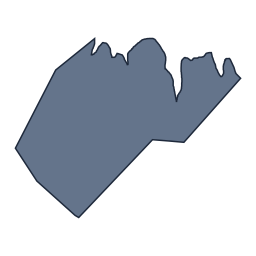 outline of Norton, Mashonaland West, Zimbabwe
{"feature_id": "62879985B7429577065299", "entity_name": "Norton", "entity_type": "district", "adm_level": 2, "iso_a3": "ZWE", "parent_name": "Zimbabwe", "parent_adm1": "Mashonaland West", "projection": "natural_earth1", "projection_center": [30.703, -17.887], "detail": "fine", "context": "isolated", "style": "filled", "palette": "slate", "viewbox_px": 256, "rotation_deg": 0, "n_neighbors": 0, "source": "geoboundaries", "source_scale": "gbopen_adm2", "svg_char_len": 5418}
<svg xmlns="http://www.w3.org/2000/svg" viewBox="0 0 256 256"><path d="M240.6,78.3L235.8,73.4L235.8,73.1L235.6,72.9L235.6,72.6L235.4,72.1L235.1,71.5L234.9,70.7L234.6,69.7L234.4,68.9L233.9,67.3L230.3,59.6L230.1,59.3L229.6,58.8L229.4,58.5L228.9,58.5L228.4,58.6L228.0,58.6L227.0,58.6L226.3,58.6L226.1,58.8L225.8,59.1L225.6,59.1L225.4,59.4L225.4,59.6L225.4,59.9L225.1,59.9L225.1,60.2L224.9,60.2L224.9,60.4L224.9,60.7L224.7,61.0L224.7,61.3L224.4,61.8L224.4,62.6L224.2,63.1L224.0,63.7L223.7,64.2L223.7,64.5L223.5,65.0L223.5,65.3L223.5,65.5L223.3,66.1L223.3,66.3L223.3,66.9L223.3,68.5L223.3,69.0L223.3,69.8L223.6,70.6L223.6,71.1L223.6,71.6L223.6,73.2L223.3,74.0L222.9,74.6L222.6,75.4L222.2,75.9L221.9,76.2L221.7,76.5L221.0,76.5L220.8,76.5L220.8,76.2L220.3,75.9L219.8,75.4L219.3,74.6L218.9,73.8L218.4,73.0L217.9,72.0L217.4,70.6L216.9,69.6L216.0,68.3L215.3,64.5L214.8,63.5L214.3,62.7L214.1,61.9L213.8,61.4L213.6,60.6L213.3,59.8L213.1,59.0L212.9,58.4L212.6,57.6L212.4,57.4L211.4,52.9L211.2,52.9L211.2,52.6L210.7,52.6L210.2,52.6L209.3,52.6L207.9,52.9L206.7,53.2L206.2,53.4L205.7,54.0L205.3,54.8L205.0,55.1L204.6,55.3L204.3,55.9L203.9,56.4L203.4,56.7L202.9,56.9L202.7,56.9L202.2,56.9L201.8,57.2L201.5,57.2L201.1,57.2L200.8,57.2L200.3,57.2L198.9,57.2L198.5,57.5L198.0,57.8L197.5,58.1L197.1,58.1L196.6,58.1L196.1,58.1L195.2,58.1L194.5,58.1L194.0,58.1L193.8,58.4L193.5,58.6L193.3,58.6L193.0,58.9L192.8,59.2L192.8,59.4L192.4,60.0L191.9,60.2L191.4,60.2L190.9,60.5L190.7,60.5L190.5,60.3L190.0,60.0L189.5,59.5L188.6,58.9L187.6,58.1L186.2,57.9L185.5,57.9L185.3,57.6L184.8,57.6L184.6,57.6L184.3,57.7L183.6,58.5L183.4,58.7L183.1,59.0L182.7,59.3L182.4,59.5L182.2,60.1L182.0,60.3L181.7,60.9L181.5,61.7L181.5,62.5L181.3,63.3L181.1,67.8L181.1,69.1L181.1,70.5L181.1,71.5L181.4,72.6L181.4,73.9L181.6,75.3L181.6,77.4L181.9,78.2L181.9,78.7L181.9,79.2L181.9,80.8L181.9,81.6L181.9,82.2L181.7,83.0L181.7,83.8L181.7,84.6L181.7,86.2L181.5,87.0L181.5,87.8L181.5,88.6L181.2,89.1L181.2,89.6L181.0,90.2L180.8,90.7L180.3,91.2L180.1,91.8L179.9,92.3L179.4,92.9L178.9,93.4L178.7,94.2L178.2,94.7L177.8,95.3L177.8,95.5L177.8,95.8L177.8,96.1L177.5,96.1L177.5,96.6L177.5,97.1L177.3,97.4L177.3,97.7L177.1,98.2L177.1,99.3L176.8,100.1L176.6,100.6L176.6,100.9L176.6,101.1L176.6,101.4L176.4,101.4L176.4,101.1L176.4,100.6L176.1,99.8L174.7,92.4L174.7,91.8L174.4,91.3L174.4,90.8L174.2,90.0L174.2,89.4L173.9,88.6L173.9,87.8L173.7,86.8L173.2,85.7L173.2,84.9L173.2,83.1L173.2,82.3L173.2,81.7L173.2,80.9L172.9,80.4L172.9,79.6L172.2,78.0L171.7,76.9L171.5,76.2L171.2,75.4L171.0,75.1L170.8,74.6L170.0,73.8L169.6,73.2L169.1,72.7L168.9,72.2L168.4,71.9L167.9,71.7L167.7,71.1L166.7,70.1L166.5,69.8L165.8,69.0L165.5,69.0L165.5,68.8L165.3,68.5L165.1,68.5L165.1,68.0L165.1,67.7L165.0,66.9L165.0,64.8L165.3,63.7L165.3,62.9L165.5,62.1L165.5,61.3L165.7,60.5L165.7,59.4L165.7,58.9L165.7,57.8L165.7,57.0L165.4,56.2L165.2,55.4L165.0,54.6L164.7,53.8L164.2,52.8L164.0,52.5L163.8,52.0L163.5,51.7L163.0,51.2L162.8,50.7L162.3,49.9L161.9,49.3L161.4,48.6L160.9,47.5L160.4,46.7L159.9,45.9L159.2,44.8L158.5,44.1L158.0,43.3L157.3,42.5L156.8,41.9L156.4,41.4L156.1,41.1L155.9,40.9L155.7,40.3L155.4,40.1L155.2,39.8L154.7,39.3L154.0,39.0L153.5,38.8L153.0,38.5L152.6,38.5L152.3,38.5L151.9,38.5L150.5,38.5L149.5,38.5L149.3,38.5L149.0,38.5L148.8,38.6L148.3,38.6L148.1,38.6L147.9,38.6L147.2,38.6L146.9,38.8L146.7,38.8L146.2,38.8L145.5,39.1L144.6,39.1L142.2,39.9L141.7,40.2L141.3,40.8L140.8,41.0L140.3,41.3L139.9,41.8L139.6,42.1L139.4,42.4L138.9,42.6L138.2,42.9L137.8,43.2L137.3,43.7L136.6,44.5L136.1,44.8L135.6,45.3L135.2,45.9L134.7,46.1L134.2,46.4L133.8,46.7L133.5,47.0L133.3,47.2L133.3,47.5L133.1,47.8L132.8,48.0L132.4,48.6L131.9,48.8L131.9,49.1L131.7,49.4L131.4,49.6L131.0,50.2L130.3,50.7L129.8,51.0L129.6,51.3L129.1,51.8L128.9,52.1L128.4,52.6L128.2,53.1L127.9,53.4L127.9,53.9L127.7,54.2L127.7,55.0L127.7,55.5L127.7,56.1L127.7,56.6L127.7,58.2L127.7,59.3L127.7,60.1L127.7,61.1L128.0,61.7L128.0,62.2L128.0,63.5L128.0,63.8L128.0,64.1L128.0,64.3L127.8,64.6L127.3,64.6L127.3,64.3L127.1,64.1L126.6,63.0L126.1,62.2L125.4,61.1L124.9,60.1L124.4,59.6L124.4,59.0L124.2,58.8L124.2,58.2L123.9,57.7L123.7,57.4L123.5,56.9L123.2,56.4L122.8,55.8L122.3,55.0L117.8,53.5L117.5,53.5L117.1,53.5L117.1,53.8L116.8,54.0L116.8,54.3L116.6,54.6L116.1,55.1L115.9,55.9L115.4,56.4L115.0,57.0L114.7,57.2L114.5,57.3L114.0,57.3L113.6,57.3L113.1,57.3L112.4,57.3L112.2,57.3L111.9,57.3L111.9,56.7L111.7,55.9L111.4,55.2L110.9,53.8L110.7,53.0L110.5,52.0L110.5,51.4L110.4,49.8L110.2,49.3L110.2,48.8L110.0,48.2L109.7,48.0L109.2,47.2L108.8,46.4L107.8,44.8L107.1,44.0L106.6,43.5L106.2,43.2L105.9,43.2L105.4,43.0L105.2,43.0L104.7,43.0L104.3,43.0L103.8,42.7L103.3,42.7L103.1,42.7L102.9,42.7L102.6,42.7L102.1,43.3L101.9,43.5L101.4,44.1L101.0,44.6L100.7,44.9L100.7,45.1L100.3,45.4L100.0,45.7L99.8,45.9L99.3,46.2L99.1,46.7L98.6,47.0L98.4,47.6L97.9,48.4L97.7,49.2L97.2,50.0L96.8,50.5L96.5,51.0L96.5,51.3L96.3,51.6L96.1,52.1L95.6,52.4L94.9,52.9L94.4,53.2L94.2,53.7L94.0,54.0L93.7,54.0L93.5,54.3L93.3,54.3L92.8,54.3L92.6,54.5L92.3,54.5L92.1,54.5L91.8,54.5L91.9,54.8L91.4,54.8L91.4,54.5L92.3,49.5L92.5,49.2L92.8,48.7L93.0,48.4L93.2,47.9L93.2,47.6L93.7,46.5L93.9,46.0L94.1,45.2L94.4,44.7L94.4,44.1L94.6,43.6L94.6,42.8L94.6,42.3L94.6,40.9L94.6,40.4L94.6,38.6L67.6,60.4L67.1,60.8L55.7,70.0L34.8,110.5L21.5,136.4L15.4,148.2L36.9,181.1L75.1,215.4L78.7,217.5L152.5,139.7L169.1,141.0L183.9,142.3L240.6,78.3Z" fill="#64748b" stroke="#1e293b" stroke-width="1.5"/></svg>